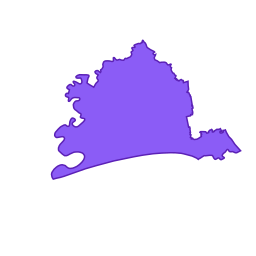 Quang Xuong, Thanh Hóa, Vietnam (Robinson projection), rotated 63°
{"feature_id": "81297802B40676303665635", "entity_name": "Quang Xuong", "entity_type": "district", "adm_level": 2, "iso_a3": "VNM", "parent_name": "Vietnam", "parent_adm1": "Thanh Hóa", "projection": "robinson", "projection_center": [105.774, 19.675], "detail": "fine", "context": "isolated", "style": "filled", "palette": "violet", "viewbox_px": 256, "rotation_deg": 63, "n_neighbors": 0, "source": "geoboundaries", "source_scale": "gbopen_adm2", "svg_char_len": 5675}
<svg xmlns="http://www.w3.org/2000/svg" viewBox="0 0 256 256"><g transform="rotate(63 128 128)"><path d="M57.9,77.3L58.2,77.8L58.4,78.7L57.4,80.4L57.0,83.5L57.0,84.8L57.1,85.0L57.4,85.2L58.7,84.9L59.2,85.2L59.3,85.4L58.3,87.4L58.3,88.0L58.9,88.4L60.5,88.3L61.1,88.4L61.4,89.0L61.6,90.5L61.8,90.8L63.8,91.1L64.6,91.7L65.5,93.2L65.7,94.4L65.5,95.7L65.6,97.5L64.7,98.8L64.8,99.3L65.6,100.8L65.6,101.2L65.4,101.6L64.5,103.0L63.0,104.4L62.7,106.5L62.3,107.2L61.2,107.8L59.2,108.2L58.8,108.6L58.8,109.0L58.9,109.3L61.3,110.3L61.6,110.9L61.7,111.2L61.6,111.7L61.3,112.3L59.9,114.0L58.9,115.7L58.0,117.7L57.9,118.6L58.0,119.3L58.2,119.8L59.6,121.3L60.0,121.6L61.6,122.1L62.4,122.7L63.5,124.3L63.8,126.0L65.2,126.4L65.7,126.8L66.0,127.5L63.3,128.7L62.7,129.5L62.5,130.9L62.9,131.9L63.7,132.1L64.7,132.0L67.2,130.5L68.7,132.7L69.3,133.0L70.0,133.1L71.3,132.8L72.2,133.0L72.8,133.6L73.6,136.1L74.2,137.2L76.1,140.0L71.5,142.9L69.4,144.0L69.0,143.9L65.8,141.3L65.2,140.7L64.5,139.6L63.8,139.1L63.2,139.1L62.7,139.5L61.6,141.1L60.8,142.8L58.6,146.8L58.4,147.6L58.2,149.2L58.4,150.3L58.6,151.0L58.8,151.2L59.4,151.3L59.8,151.3L60.3,150.8L60.8,150.1L61.9,147.7L62.4,147.4L64.6,147.6L65.7,148.0L66.6,148.6L67.1,149.5L67.0,150.6L66.4,151.4L63.8,153.1L62.1,154.6L61.7,155.1L61.7,155.6L62.0,155.9L62.8,156.0L64.7,155.6L65.5,155.9L66.0,156.5L66.0,157.2L65.8,157.8L65.0,158.4L63.3,159.1L62.9,159.9L62.9,160.9L63.0,161.7L63.6,163.4L64.2,164.1L64.7,164.2L65.1,164.2L66.4,163.5L67.3,162.8L70.2,165.4L69.5,166.2L69.3,167.1L69.3,167.4L69.6,168.1L70.2,168.8L71.2,169.1L72.0,168.8L73.6,167.3L73.9,167.1L74.5,167.3L76.7,168.8L77.2,168.8L77.5,168.4L77.5,167.5L76.5,165.4L76.2,164.1L76.3,162.7L76.7,161.5L78.7,158.1L79.1,157.7L79.6,157.6L80.3,157.7L80.8,158.2L81.1,158.7L81.1,160.1L80.6,161.2L80.3,162.3L80.4,163.1L81.0,164.5L81.9,165.7L82.5,166.2L84.8,167.0L86.2,167.2L87.7,166.8L89.0,166.1L92.2,164.8L93.6,163.7L94.3,163.6L95.3,164.1L96.4,165.4L97.0,165.5L98.1,164.8L99.2,163.3L100.0,162.5L100.6,162.6L101.2,162.9L101.6,163.5L102.3,165.2L103.7,170.7L103.9,171.9L103.8,172.9L103.4,173.9L102.8,174.7L101.6,175.5L100.0,176.0L99.2,175.9L98.5,175.5L98.0,174.6L97.6,172.1L97.3,171.6L96.9,171.3L95.6,171.4L94.3,172.4L94.0,172.9L93.8,173.2L93.9,173.9L94.1,174.5L94.8,175.6L96.1,177.0L98.8,178.8L99.1,179.1L99.4,179.6L99.5,180.2L99.2,180.9L98.9,181.3L97.2,182.1L96.8,182.4L96.4,183.3L96.3,183.7L96.3,186.7L96.5,188.0L97.3,190.6L98.9,194.6L99.5,195.4L100.3,196.1L101.6,196.8L103.1,196.6L104.1,195.9L104.5,194.9L105.8,190.6L106.7,189.4L108.0,189.2L108.5,189.3L109.5,190.2L110.2,191.5L111.8,195.9L112.7,197.4L114.2,199.0L115.8,199.8L116.5,200.0L117.5,199.8L121.5,198.3L123.8,197.1L124.6,195.7L124.9,194.2L124.8,191.5L125.0,187.2L125.7,185.3L126.7,183.2L127.8,181.7L129.5,180.1L130.2,179.7L131.6,179.4L132.8,179.3L133.6,179.6L134.6,180.2L135.6,181.2L136.5,182.4L137.6,184.8L138.5,187.8L139.0,190.9L138.9,193.6L138.7,195.4L138.1,197.1L137.6,198.2L136.7,199.3L134.7,200.4L133.1,200.9L132.0,202.0L130.9,203.3L130.4,204.6L130.2,205.8L130.1,207.8L130.4,209.7L131.2,212.6L132.6,215.2L133.4,216.3L134.6,217.2L136.6,217.8L137.8,218.0L139.6,217.8L140.3,214.4L141.3,210.7L142.0,206.9L145.0,184.4L147.2,172.9L150.9,155.5L156.3,135.8L158.9,127.2L162.3,117.4L165.6,109.4L169.2,101.6L171.5,97.2L174.6,92.2L176.2,90.2L182.1,83.6L186.0,80.5L187.9,79.6L187.6,78.6L187.7,77.8L187.2,72.8L187.9,71.6L189.3,67.9L190.4,65.8L190.8,65.3L191.2,65.2L193.7,65.2L195.2,64.8L195.7,64.1L195.6,61.6L195.8,60.9L196.4,60.4L197.8,60.1L198.4,59.6L198.6,59.0L198.6,56.8L198.5,56.0L198.2,55.7L197.9,55.7L196.3,56.6L195.1,56.5L194.3,55.3L194.0,54.5L193.6,52.3L192.2,49.5L192.4,48.9L192.8,48.6L194.9,48.4L195.2,48.1L195.8,47.3L196.6,45.4L198.7,43.7L199.2,42.9L199.4,42.2L199.4,38.0L191.1,40.2L185.2,40.9L181.4,42.1L176.5,42.3L173.9,42.1L173.8,43.0L173.3,44.4L174.6,44.8L175.0,45.3L175.0,46.5L174.8,47.3L174.3,48.0L174.0,48.1L173.3,48.0L172.9,47.4L173.4,46.3L173.4,46.0L170.5,46.0L170.6,47.7L170.0,48.3L170.0,48.8L169.5,49.4L169.8,51.9L169.7,52.6L170.2,52.8L170.2,54.1L169.8,54.6L168.7,54.1L167.7,53.9L167.2,54.1L167.3,55.9L167.1,56.1L167.8,58.0L168.7,58.2L168.4,60.1L166.6,60.5L165.0,63.3L164.8,63.8L164.2,65.0L164.6,65.4L164.4,65.7L164.6,65.9L165.3,65.1L166.4,65.6L166.5,65.2L166.9,65.3L166.7,65.7L167.3,66.1L168.3,66.2L168.3,66.5L168.9,66.6L169.3,70.4L169.3,71.6L168.3,74.3L167.3,75.0L166.7,75.0L166.5,75.5L166.8,75.9L166.5,76.5L166.0,76.2L165.8,75.7L164.8,76.7L164.1,76.0L163.3,75.7L162.8,75.0L162.0,75.7L160.5,74.5L160.2,74.8L159.8,74.2L157.1,73.3L156.4,72.8L155.1,72.6L154.8,73.6L144.5,70.8L144.9,68.8L145.5,66.9L145.4,66.6L144.7,66.2L145.0,66.0L145.3,64.5L144.4,64.3L144.4,63.8L143.3,63.6L143.3,63.1L141.4,62.7L139.7,62.1L139.6,61.7L139.7,61.0L137.6,60.4L137.3,61.1L136.6,60.8L136.8,60.4L128.6,57.8L128.4,58.2L128.2,58.2L127.0,57.6L126.6,58.0L124.0,57.8L123.6,58.2L123.1,58.2L123.3,58.9L122.8,59.2L121.4,56.8L121.0,56.4L117.4,55.1L113.6,53.3L112.8,58.0L111.9,57.7L111.2,57.3L110.9,57.3L110.6,57.4L110.4,57.9L109.4,58.3L108.9,58.6L108.9,60.0L109.2,61.2L108.5,61.5L108.5,61.9L107.5,62.1L107.5,62.7L106.6,63.2L106.3,63.3L106.0,62.6L105.0,63.7L104.1,62.4L103.3,61.6L103.0,61.5L102.3,62.1L101.3,62.3L100.1,62.3L99.3,63.1L97.1,63.3L95.6,63.1L95.3,63.0L94.0,61.8L92.9,62.4L92.0,62.2L91.5,61.7L91.1,60.8L90.7,60.7L90.5,60.8L90.3,61.3L90.3,62.6L90.1,63.4L89.6,64.0L87.4,64.3L86.5,64.9L85.8,65.8L84.7,68.1L84.2,69.6L84.2,70.0L81.2,71.6L79.6,73.0L78.2,73.0L77.1,72.6L75.6,70.5L75.0,70.0L75.0,71.0L74.8,71.4L73.7,71.9L73.1,71.9L72.9,71.8L72.7,71.4L72.4,69.8L71.7,70.0L68.3,72.5L65.1,74.3L64.1,74.4L61.6,74.0L60.3,74.1L59.9,74.1L58.7,74.7L57.0,74.8L56.6,75.0L56.7,75.5L58.3,76.6L58.3,77.0L57.9,77.3Z" fill="#8b5cf6" stroke="#5b21b6" stroke-width="1.5"/></g></svg>